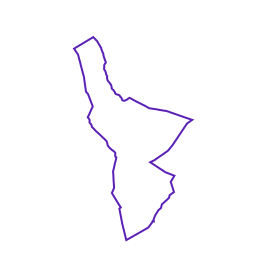 Al Kurmuk, Blue Nile, Sudan, rotated 149°
{"feature_id": "16777658B11118605799379", "entity_name": "Al Kurmuk", "entity_type": "district", "adm_level": 2, "iso_a3": "SDN", "parent_name": "Sudan", "parent_adm1": "Blue Nile", "projection": "mercator", "projection_center": [34.082, 10.395], "detail": "fine", "context": "isolated", "style": "outline", "palette": "violet", "viewbox_px": 256, "rotation_deg": 149, "n_neighbors": 0, "source": "geoboundaries", "source_scale": "gbopen_adm2", "svg_char_len": 3077}
<svg xmlns="http://www.w3.org/2000/svg" viewBox="0 0 256 256"><g transform="rotate(149 128 128)"><path d="M175.3,80.6L175.3,80.1L175.3,74.9L175.3,69.2L175.1,63.6L176.9,63.4L182.3,48.7L187.2,32.8L161.9,32.2L156.0,34.6L154.9,35.4L154.0,34.6L153.3,36.3L150.5,38.5L149.4,39.2L148.8,39.6L148.3,39.8L144.3,41.9L141.0,42.4L139.8,43.6L138.8,44.6L138.2,45.1L137.6,45.2L128.8,47.0L126.9,49.0L121.6,49.4L119.1,59.8L112.8,63.2L118.7,70.8L126.6,87.2L122.0,86.8L105.6,87.9L98.8,90.3L75.0,101.5L71.6,101.7L68.8,101.9L72.8,106.6L86.6,123.2L87.1,123.4L92.9,128.3L93.0,128.6L97.1,131.9L99.9,134.3L100.4,135.4L101.7,137.7L107.4,146.7L109.4,150.1L110.3,151.8L110.6,152.2L111.0,152.6L111.2,153.1L111.8,153.1L112.6,153.1L113.6,152.9L114.5,152.9L115.5,153.0L116.4,153.0L117.3,153.4L118.0,153.9L118.4,154.5L118.6,155.3L118.4,156.1L118.2,156.5L118.1,156.8L118.2,157.7L118.3,158.2L118.5,158.5L118.5,159.9L118.5,160.4L119.0,161.2L119.7,161.9L120.5,162.8L120.9,163.3L121.1,163.7L121.1,164.5L120.9,165.2L120.8,165.9L120.9,167.0L121.0,168.1L121.3,168.9L121.5,169.6L121.5,170.4L121.3,170.9L120.9,171.6L120.6,172.8L120.4,173.6L120.4,174.1L120.3,174.5L120.5,175.1L120.6,175.8L120.5,176.3L120.5,176.7L120.7,177.4L120.9,177.9L120.9,178.7L120.8,179.9L120.4,181.2L119.9,182.2L119.5,182.8L119.2,183.1L119.1,183.6L119.2,184.2L119.1,185.1L118.9,185.8L118.6,186.6L118.3,187.7L118.2,188.4L118.0,189.1L118.1,189.5L118.3,190.3L118.0,191.0L117.9,191.4L117.4,191.9L117.0,192.3L116.8,192.9L116.6,193.2L116.3,193.6L116.1,194.0L115.7,194.4L115.2,194.6L114.7,195.0L114.1,195.2L113.6,195.3L113.4,195.5L113.2,195.8L113.0,196.3L112.9,196.8L112.9,197.4L112.7,198.2L112.5,199.4L112.2,200.4L112.1,201.1L111.9,201.8L111.8,202.5L111.1,203.9L110.9,204.5L110.8,205.6L110.7,206.6L110.4,208.2L110.2,209.3L110.0,210.0L109.8,210.5L109.7,211.0L109.9,211.5L109.8,212.8L109.7,213.3L109.8,214.9L109.8,215.9L109.7,218.0L109.8,218.8L110.0,219.6L110.6,222.2L110.9,223.1L111.0,223.4L111.0,223.8L112.2,223.8L112.4,223.8L112.7,223.8L112.9,223.8L113.5,223.8L115.5,223.8L116.5,223.8L119.4,223.8L119.6,223.8L122.6,223.8L123.5,223.8L125.5,223.8L128.1,223.8L130.0,223.8L131.1,223.8L132.9,223.8L133.0,223.8L133.4,223.8L133.2,219.9L133.0,216.6L133.7,214.3L134.8,210.6L135.0,209.6L136.1,206.2L138.7,197.2L139.2,195.4L139.6,194.0L140.5,192.1L141.8,189.1L144.3,183.1L145.2,181.1L145.3,180.6L144.8,178.0L144.9,177.1L145.2,175.3L145.8,171.9L147.1,164.7L147.7,164.2L149.6,163.0L151.2,161.8L153.8,160.0L154.2,159.8L154.5,159.5L157.0,157.9L156.9,157.4L156.7,156.1L156.7,155.1L157.0,154.2L157.5,153.7L157.9,152.9L158.2,152.2L157.7,149.9L157.8,149.1L158.1,148.5L158.3,147.3L158.1,146.4L157.8,145.4L157.6,144.5L157.1,141.8L156.8,141.1L155.6,137.1L154.2,131.8L154.0,131.4L153.2,127.9L153.3,126.7L154.4,123.3L154.3,122.8L154.1,121.1L153.7,119.4L153.1,117.6L152.1,115.3L151.7,113.4L152.2,112.4L153.0,111.2L153.4,110.7L153.5,109.5L153.1,108.9L153.4,108.5L153.9,108.0L154.5,107.3L155.6,106.2L158.6,103.3L158.7,103.0L162.9,98.7L163.4,98.2L163.7,97.4L164.7,95.4L167.3,90.6L170.5,84.3L170.8,83.8L173.7,81.7L175.3,80.6Z" fill="none" stroke="#5b21b6" stroke-width="2"/></g></svg>